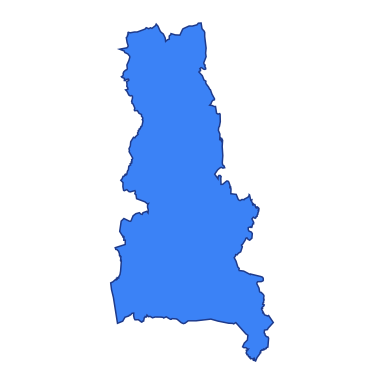 Ixmiquilpan, Hidalgo, Mexico
{"feature_id": "50627088B45047624087039", "entity_name": "Ixmiquilpan", "entity_type": "district", "adm_level": 2, "iso_a3": "MEX", "parent_name": "Mexico", "parent_adm1": "Hidalgo", "projection": "equal_earth", "projection_center": [-99.19, 20.539], "detail": "fine", "context": "isolated", "style": "filled", "palette": "blue", "viewbox_px": 384, "rotation_deg": 0, "n_neighbors": 0, "source": "geoboundaries", "source_scale": "gbopen_adm2", "svg_char_len": 6010}
<svg xmlns="http://www.w3.org/2000/svg" viewBox="0 0 384 384"><path d="M117.5,323.3L122.7,321.2L125.0,317.2L128.8,316.0L129.4,315.2L130.5,315.0L132.0,313.3L133.7,313.1L133.6,315.7L134.2,318.3L135.0,319.8L138.4,319.7L141.5,322.1L142.2,321.9L142.5,321.2L143.6,321.1L144.3,317.7L145.0,317.4L145.2,316.5L146.5,316.9L147.0,315.1L148.5,316.7L150.1,316.4L152.5,317.8L155.2,317.0L161.2,317.1L163.1,317.4L163.7,318.0L166.2,316.8L170.4,319.3L171.5,319.2L172.0,318.6L176.1,318.9L177.2,319.3L181.3,322.7L183.4,323.6L185.0,323.2L188.2,320.8L196.0,320.8L210.9,319.1L218.0,321.1L228.5,323.2L232.7,323.4L233.7,323.9L235.8,322.6L245.9,333.9L247.9,335.2L247.4,340.0L244.3,343.1L242.6,346.8L243.9,347.7L245.8,347.6L247.9,349.0L247.5,349.4L248.3,349.2L247.8,350.0L246.4,350.2L246.7,351.7L246.2,352.6L246.3,353.4L247.0,354.0L246.9,354.6L247.8,354.8L248.6,356.7L249.9,356.8L250.1,357.4L249.8,357.8L250.6,358.8L251.7,358.5L253.0,359.2L253.5,358.7L253.4,360.3L254.4,360.4L254.6,359.8L254.8,360.6L255.6,361.0L257.1,357.5L260.0,353.5L260.1,352.4L260.7,352.5L260.7,350.7L262.0,350.3L262.0,349.9L263.4,349.9L263.4,349.4L264.1,349.5L264.1,349.0L264.8,349.2L266.3,348.5L266.3,347.6L267.9,347.1L268.6,338.2L268.0,337.0L266.4,336.6L265.0,334.9L265.0,333.9L264.2,332.9L264.5,330.1L267.4,329.6L268.2,328.1L273.3,322.5L268.6,315.5L267.8,316.0L265.2,315.1L264.5,314.8L263.3,312.4L263.0,313.0L262.7,312.8L263.0,311.9L261.5,308.9L261.7,308.2L262.5,308.3L262.3,307.2L263.9,305.8L264.2,304.9L262.7,304.3L263.1,302.7L263.6,302.6L263.6,300.9L264.1,300.0L264.0,299.3L263.7,299.4L263.6,298.2L264.0,295.9L263.4,294.6L261.2,292.4L260.6,292.5L259.6,291.7L259.0,288.1L256.8,283.7L257.0,282.6L257.7,281.7L261.4,281.6L263.0,280.8L263.3,280.2L263.2,278.2L262.5,277.2L260.7,276.5L250.4,274.0L250.2,274.5L243.7,271.1L239.2,270.5L238.9,269.5L239.2,268.4L237.8,267.0L236.0,261.1L234.2,257.7L235.4,256.0L235.7,254.6L237.0,254.9L238.4,253.2L240.7,251.8L242.3,246.9L242.3,246.4L241.6,245.9L241.5,245.0L242.6,244.2L244.3,241.5L245.6,239.4L245.7,238.4L246.9,237.8L248.1,239.4L249.7,240.2L251.9,238.2L252.3,233.6L251.4,232.1L249.0,231.1L248.2,229.6L248.3,227.6L250.6,226.8L250.7,227.4L251.8,227.4L252.6,224.3L253.6,223.8L253.2,223.3L253.7,222.4L251.9,218.9L253.3,217.2L255.1,218.3L255.9,217.7L256.0,216.8L257.1,216.3L257.1,215.2L258.0,213.9L257.7,213.2L258.6,211.5L258.2,210.4L259.0,209.9L258.4,209.0L258.9,208.4L258.1,207.5L256.6,207.9L256.9,206.9L255.6,207.1L254.9,204.6L253.6,204.6L253.0,205.1L252.7,204.8L252.6,204.2L253.2,203.6L252.3,202.9L251.5,201.1L251.8,199.9L250.8,200.3L249.5,194.8L249.2,194.6L249.2,195.4L248.0,197.2L244.4,199.1L244.1,199.7L241.9,199.5L240.3,200.5L239.4,200.4L238.3,199.5L236.2,194.4L230.8,193.7L231.0,188.8L230.4,187.8L230.8,187.1L230.6,186.8L229.9,187.3L229.9,185.3L228.8,182.1L227.9,181.1L226.7,181.0L222.7,184.3L221.0,184.4L220.8,178.3L221.1,176.5L220.1,175.5L218.9,175.5L218.1,176.8L218.0,178.8L214.7,174.2L217.7,169.8L219.6,168.2L221.1,167.3L222.9,168.1L224.7,167.7L224.0,165.9L222.6,164.8L222.3,162.6L222.8,155.7L222.2,146.6L222.6,140.3L221.9,138.9L221.3,140.6L220.6,138.5L219.7,140.3L219.9,134.1L218.4,130.4L218.7,127.5L219.4,126.4L220.3,121.6L220.1,114.3L219.7,113.6L218.1,114.1L216.6,113.3L215.5,106.5L214.4,106.6L212.1,105.5L209.7,105.2L211.1,103.5L211.8,101.6L212.9,100.3L214.4,99.8L214.5,98.8L211.9,94.0L210.4,89.7L209.7,89.3L208.6,87.1L206.1,83.8L205.7,82.5L205.9,81.2L204.0,80.0L202.3,75.7L198.9,72.0L199.4,71.2L200.5,70.8L200.6,69.9L199.8,68.7L200.9,67.7L201.4,67.6L203.5,69.1L204.9,69.4L205.7,69.0L205.7,68.1L204.9,66.6L205.1,65.1L204.5,65.0L203.7,63.0L206.1,56.7L205.6,53.2L206.1,48.1L204.7,36.6L204.7,32.4L204.2,31.2L202.0,28.7L201.1,23.0L198.3,23.2L197.0,24.8L192.2,26.1L189.1,26.0L183.6,28.5L182.7,29.1L179.9,35.1L175.3,34.9L171.0,33.6L170.7,34.9L169.5,35.6L169.2,36.4L169.3,39.1L167.6,39.7L165.6,41.4L165.2,38.0L163.3,34.0L161.0,32.2L160.0,30.8L158.0,26.2L156.2,24.1L155.5,25.6L151.9,28.4L150.5,27.8L148.8,28.7L146.2,27.7L145.0,29.1L137.2,32.0L134.5,32.0L130.2,32.8L128.3,32.3L127.9,32.9L128.1,34.7L127.5,35.1L127.4,36.5L126.3,37.6L127.1,42.4L128.2,45.9L127.9,46.7L126.9,47.8L119.6,49.2L124.2,51.0L124.8,52.5L127.8,53.9L129.7,56.2L129.8,57.3L128.9,60.5L126.9,65.0L127.3,68.7L126.9,69.6L125.5,70.2L123.8,71.8L123.1,73.5L123.3,74.5L122.8,75.9L121.4,76.7L122.0,77.4L124.5,78.4L124.3,80.5L125.3,80.6L126.3,79.5L128.2,79.0L128.7,79.3L128.8,80.3L126.6,81.8L127.0,84.2L126.8,86.4L127.7,87.6L127.9,89.2L125.6,89.9L127.0,91.3L128.8,95.0L130.2,95.9L131.4,95.6L132.4,96.2L132.5,98.0L131.6,101.5L132.0,102.1L131.9,103.1L133.1,104.1L134.8,108.1L134.3,110.0L134.7,110.7L137.4,110.6L139.0,113.3L141.5,114.5L141.5,116.2L142.6,117.4L142.8,119.0L142.2,119.6L143.0,120.9L142.0,125.6L141.5,126.6L141.0,126.5L140.6,127.2L140.3,128.7L139.3,128.9L139.4,129.6L138.3,130.5L138.6,131.1L137.5,133.0L138.1,134.3L135.6,136.6L134.9,137.8L133.5,137.3L130.7,141.8L130.3,146.0L129.0,148.7L129.4,150.7L129.1,151.7L132.7,158.1L132.0,160.0L131.7,159.9L131.8,161.1L131.3,161.8L131.8,161.9L131.7,163.0L130.1,163.9L130.6,165.0L128.8,166.2L128.4,169.7L127.5,171.0L126.7,174.4L125.6,174.2L125.6,175.1L124.9,174.8L123.9,176.4L123.0,176.4L122.2,178.7L120.8,180.3L123.0,182.6L122.9,186.8L123.6,190.4L124.4,190.7L126.8,189.6L128.9,191.6L130.3,191.9L134.9,190.6L135.4,191.9L134.8,193.8L135.9,194.5L136.6,198.7L144.9,201.8L147.5,203.9L148.4,203.6L147.6,205.1L147.5,207.1L148.3,210.0L148.0,212.9L146.8,211.3L143.0,212.7L142.2,214.4L140.7,214.0L139.4,212.7L135.8,213.7L133.1,215.8L131.0,220.9L130.4,221.3L129.4,221.2L123.9,218.5L121.2,221.1L119.7,231.4L122.3,235.6L123.0,236.0L122.8,236.9L123.4,237.2L123.1,237.8L123.9,237.2L123.8,240.2L125.3,240.2L125.2,244.5L115.2,247.7L115.8,249.4L117.0,249.6L118.5,251.2L119.4,253.6L119.5,255.5L120.2,255.7L120.1,256.6L120.9,256.6L120.6,260.3L121.2,260.3L121.0,261.4L121.3,261.5L120.6,271.0L120.0,274.5L118.7,277.0L118.6,278.0L117.4,277.6L117.3,278.6L116.7,278.4L116.8,279.3L116.2,279.2L116.0,279.9L115.4,279.6L112.9,281.8L110.7,282.9L111.5,289.5L113.4,297.4L117.5,323.3Z" fill="#3b82f6" stroke="#1e3a8a" stroke-width="1.5"/></svg>